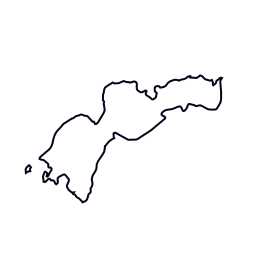 outline of East New Britain, rotated 212°
{"feature_id": "PNG-1250", "entity_name": "East New Britain", "entity_type": "Province", "adm_level": 1, "iso_a3": "PNG", "parent_name": "Papua New Guinea", "parent_adm1": "", "projection": "equal_earth", "projection_center": [151.672, -5.126], "detail": "fine", "context": "isolated", "style": "outline", "palette": "ink", "viewbox_px": 256, "rotation_deg": 212, "n_neighbors": 0, "source": "natural_earth", "source_scale": "10m", "svg_char_len": 4037}
<svg xmlns="http://www.w3.org/2000/svg" viewBox="0 0 256 256"><g transform="rotate(212 128 128)"><path d="M134.5,111.8L135.4,110.3L136.7,107.3L137.1,105.7L137.4,103.8L137.5,101.7L137.6,101.4L137.7,101.2L137.9,100.9L137.9,100.4L137.8,99.8L137.5,99.5L137.2,99.4L137.0,99.1L136.8,98.1L135.9,96.0L135.6,95.0L135.5,91.4L135.8,84.0L135.2,80.5L133.8,77.9L133.1,76.2L132.8,74.0L132.8,70.0L132.6,68.2L131.9,66.1L131.0,64.6L128.9,62.4L128.1,61.0L127.9,60.2L127.7,59.4L127.7,57.6L127.5,56.5L126.3,55.0L125.8,54.1L125.7,53.2L125.9,52.4L126.1,51.7L126.3,51.3L126.2,50.4L125.4,47.8L124.9,45.7L125.1,44.2L125.8,42.8L127.2,40.9L128.2,41.4L132.0,42.3L134.7,42.2L135.6,42.4L136.8,43.1L137.5,43.4L138.4,43.3L139.3,42.9L139.9,43.1L139.8,44.7L141.0,43.7L142.4,43.6L145.2,44.0L146.1,44.3L148.5,45.8L149.2,46.5L149.6,48.3L149.9,50.6L150.5,52.6L151.8,53.5L153.3,53.9L156.1,55.0L157.6,54.8L158.4,53.9L160.6,50.0L161.0,48.2L160.2,46.7L159.0,45.3L158.5,44.0L159.1,42.2L160.3,42.4L161.7,43.4L162.9,44.0L163.5,43.9L164.2,43.7L164.8,43.4L165.1,43.1L165.4,42.8L167.2,43.4L167.9,43.4L168.7,42.0L169.1,40.0L169.6,38.3L171.2,37.7L172.2,39.3L173.5,40.6L174.5,42.1L175.3,46.2L175.2,47.0L174.2,47.2L173.8,47.2L172.6,46.8L172.1,46.5L171.9,45.8L171.7,44.8L171.4,43.9L170.7,44.0L170.3,44.9L170.3,46.2L170.7,48.4L170.7,51.9L171.2,53.0L172.6,53.5L172.9,53.3L173.4,52.9L174.0,52.6L174.9,52.8L175.4,53.4L175.9,54.3L176.5,55.1L177.4,55.4L181.6,56.0L182.9,56.0L185.7,54.9L186.7,54.9L187.1,56.3L186.8,57.7L183.5,68.0L183.2,71.2L183.7,74.3L185.7,80.0L186.5,83.5L186.6,87.4L185.4,93.4L184.9,97.3L180.5,106.5L179.8,107.0L179.5,107.5L178.4,110.5L177.9,111.1L176.7,112.1L175.3,114.2L174.4,114.9L171.4,115.4L169.3,116.4L167.9,116.4L164.4,115.3L163.4,115.2L162.0,114.7L161.2,114.5L160.4,115.3L159.5,114.9L158.0,113.9L156.8,115.0L156.4,116.9L156.6,127.8L157.0,130.1L157.7,131.5L161.1,135.3L161.6,135.9L161.8,136.8L162.1,137.5L162.8,137.9L164.1,138.4L166.9,143.2L167.2,144.8L168.6,148.2L168.8,150.4L166.7,155.4L166.3,155.7L166.0,156.3L165.7,157.0L165.5,157.6L165.3,158.3L164.7,158.5L163.9,158.5L163.1,158.6L159.9,160.9L159.4,161.4L156.6,165.5L156.0,165.7L153.8,166.1L151.7,167.3L150.8,167.4L149.7,168.1L148.6,169.6L147.2,170.9L145.4,171.1L143.9,170.2L142.0,166.8L140.8,165.5L139.5,165.0L137.8,164.9L136.1,165.1L134.9,165.8L133.3,168.8L132.6,169.3L131.7,169.0L131.5,168.3L131.5,167.4L131.2,166.4L130.0,165.6L125.4,165.5L123.0,165.1L122.0,165.5L121.2,166.8L120.7,168.7L121.1,170.3L121.8,171.6L122.1,172.7L122.4,173.1L124.1,173.1L124.6,173.4L126.5,175.9L126.7,177.5L125.5,179.0L123.7,179.9L122.1,179.3L121.0,180.2L119.8,181.4L118.8,182.8L118.3,184.0L118.2,185.9L117.9,187.6L117.4,189.1L116.7,190.3L114.6,193.0L113.7,193.8L111.6,194.9L110.6,195.2L109.9,195.1L109.0,196.7L106.5,199.1L105.3,200.7L104.9,201.7L104.8,202.4L104.6,203.0L102.9,205.0L102.4,204.9L102.1,203.8L98.3,205.7L96.3,206.9L95.5,208.6L94.6,210.9L92.5,211.2L88.5,210.2L83.6,211.6L82.9,212.3L82.3,213.2L80.9,212.3L78.7,209.5L78.2,209.5L78.0,210.5L77.5,211.6L77.3,212.7L77.9,214.8L77.6,215.9L77.1,217.0L76.5,219.3L75.8,219.9L74.8,220.2L74.8,217.4L74.5,216.8L73.9,215.6L68.0,207.7L64.5,202.1L63.6,200.0L63.1,198.3L62.9,193.8L63.0,191.4L63.2,190.6L63.4,190.2L67.0,187.8L69.1,186.7L70.3,186.3L77.6,185.8L78.9,185.4L80.0,184.5L81.4,182.9L82.0,182.6L82.7,182.5L83.5,182.6L88.6,181.0L89.2,180.4L89.3,179.7L89.3,178.8L89.0,177.8L88.8,176.6L88.8,175.1L89.0,173.3L89.3,172.4L89.8,171.9L90.2,171.7L90.5,171.7L91.0,171.9L93.3,173.4L94.2,173.9L95.1,173.9L95.9,173.5L96.7,172.7L100.3,167.8L101.3,166.8L104.8,163.9L106.1,162.1L106.8,160.6L107.2,159.1L107.2,158.2L106.9,157.4L106.5,157.1L106.0,156.9L105.3,156.8L103.7,157.0L102.9,157.0L102.2,156.8L101.8,156.3L101.7,155.3L107.3,138.2L114.0,123.8L114.7,122.7L121.1,118.4L121.7,118.1L136.3,117.3L137.1,116.3L137.4,115.8L134.6,111.8L134.5,111.8ZM191.7,37.1L192.9,38.7L193.1,40.4L192.7,42.2L192.2,44.0L191.7,44.0L191.3,43.8L189.7,43.3L189.4,43.1L189.4,41.9L189.2,40.9L188.8,40.2L188.0,39.6L189.7,38.0L190.3,37.1L190.8,35.8L191.5,36.7L191.7,37.1Z" fill="none" stroke="#020617" stroke-width="2"/></g></svg>